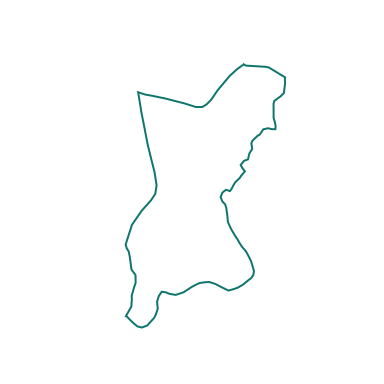 SVG path tracing the border of Ash Shati', rotated 114°
{"feature_id": "LBY-2967", "entity_name": "Ash Shati'", "entity_type": "Municipality", "adm_level": 1, "iso_a3": "LBY", "parent_name": "Libya", "parent_adm1": "", "projection": "mercator", "projection_center": [12.752, 27.893], "detail": "fine", "context": "isolated", "style": "outline", "palette": "teal", "viewbox_px": 384, "rotation_deg": 114, "n_neighbors": 0, "source": "natural_earth", "source_scale": "10m", "svg_char_len": 1783}
<svg xmlns="http://www.w3.org/2000/svg" viewBox="0 0 384 384"><g transform="rotate(114 192 192)"><path d="M54.4,196.7L54.5,196.2L54.6,194.1L47.7,175.7L47.0,172.5L49.4,153.6L51.5,152.9L54.0,151.5L57.7,150.3L62.0,149.0L64.2,148.3L68.6,150.0L75.4,153.9L78.5,153.3L82.6,151.4L86.8,149.5L91.1,147.6L93.7,145.4L94.6,144.6L98.0,142.3L100.7,141.4L102.1,144.5L102.8,148.4L105.8,152.4L111.9,153.4L114.1,155.0L120.4,157.6L123.4,157.6L126.6,155.5L128.3,154.5L132.8,155.2L134.6,155.1L139.4,154.1L142.4,157.2L147.6,158.5L149.2,156.3L150.0,155.1L150.1,154.9L151.6,152.1L157.6,153.8L159.8,154.1L165.6,156.5L169.0,156.9L172.8,157.1L175.7,157.7L176.2,161.9L180.3,164.0L185.0,163.8L188.3,160.4L189.9,156.6L192.7,154.1L195.4,152.5L199.5,149.9L204.7,147.1L209.7,141.5L214.1,135.4L216.8,131.1L219.7,127.2L222.1,123.2L224.3,118.5L228.1,113.6L231.0,110.1L233.6,107.8L238.9,103.3L242.9,102.2L246.8,103.0L249.6,104.6L255.8,107.7L260.8,111.3L264.7,115.5L267.2,118.7L267.1,121.7L266.9,127.0L266.5,133.6L267.2,139.6L269.4,143.9L272.2,148.2L275.0,150.6L278.5,153.4L287.0,158.9L292.6,165.0L294.2,171.0L294.3,175.2L295.4,179.1L300.4,180.0L306.4,179.3L312.6,175.8L318.6,175.2L322.5,175.4L328.7,177.5L332.1,178.5L336.2,182.7L337.0,187.1L335.8,191.5L334.0,196.6L332.3,200.7L332.3,201.9L321.3,200.8L314.3,203.4L311.3,204.9L302.8,206.1L297.8,206.6L290.9,209.8L287.4,215.8L281.5,219.4L276.5,222.5L272.1,225.6L270.1,228.6L267.1,231.2L262.2,231.8L246.4,233.5L229.4,230.3L216.4,226.1L208.8,224.8L200.4,227.0L189.1,234.3L179.8,241.6L167.1,251.5L152.9,261.4L140.3,270.3L129.1,277.6L122.8,281.8L122.0,274.4L120.3,267.5L117.3,253.7L115.5,242.9L114.2,235.4L112.8,223.0L110.1,217.1L106.0,214.3L99.9,212.0L88.8,210.0L79.7,207.4L70.5,204.8L61.3,200.7L54.5,196.7L54.4,196.7Z" fill="none" stroke="#0f766e" stroke-width="2"/></g></svg>